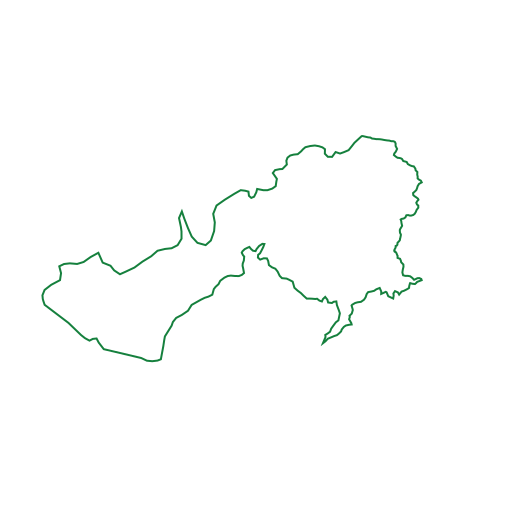 Baling, Kedah, Malaysia (orthographic projection), rotated 222°
{"feature_id": "92858781B88693147635534", "entity_name": "Baling", "entity_type": "district", "adm_level": 2, "iso_a3": "MYS", "parent_name": "Malaysia", "parent_adm1": "Kedah", "projection": "orthographic", "projection_center": [100.8, 5.723], "detail": "fine", "context": "isolated", "style": "outline", "palette": "green", "viewbox_px": 512, "rotation_deg": 222, "n_neighbors": 0, "source": "geoboundaries", "source_scale": "gbopen_adm2", "svg_char_len": 4592}
<svg xmlns="http://www.w3.org/2000/svg" viewBox="0 0 512 512"><g transform="rotate(222 256 256)"><path d="M334.3,235.8L340.9,239.5L338.6,232.7L331.2,227.3L327.8,224.4L322.9,219.0L321.5,211.6L323.9,205.3L328.3,200.4L332.7,194.0L333.7,185.7L336.6,175.9L338.6,166.1L342.5,156.8L344.9,151.4L351.8,150.4L357.6,151.4L365.5,148.5L375.3,152.9L378.2,144.6L380.1,136.2L383.6,130.4L389.4,126.0L393.3,121.6L395.3,116.7L389.4,112.8L385.5,106.9L388.9,97.6L390.4,89.3L388.4,83.9L385.7,81.4L383.8,80.2L380.4,78.3L350.6,80.8L333.1,80.2L328.1,80.5L323.1,81.7L321.8,85.2L319.3,88.0L314.9,86.4L306.8,84.9L273.0,103.4L267.0,105.2L262.7,108.4L259.2,112.4L257.6,115.6L264.5,126.9L268.0,132.2L269.9,135.3L272.1,147.8L273.6,151.3L273.9,156.6L271.7,162.5L269.9,169.8L271.1,176.6L267.7,186.7L266.1,190.7L264.2,193.9L263.6,195.4L262.6,198.0L265.2,203.2L265.4,206.0L265.0,210.0L266.0,213.6L265.0,218.8L263.6,222.2L261.6,224.6L258.6,226.8L255.3,229.6L253.9,232.4L253.5,235.3L257.4,238.3L259.4,239.7L260.8,241.5L262.0,244.5L264.4,247.7L266.2,247.9L268.8,248.9L269.2,250.5L269.0,253.5L268.0,256.1L267.0,258.3L264.6,257.9L261.8,257.9L259.6,259.3L260.2,261.5L260.4,265.5L259.4,269.3L257.8,270.5L256.6,267.5L255.6,263.9L254.8,260.7L255.2,258.3L253.5,256.1L250.5,256.1L248.7,259.5L246.3,261.5L243.7,260.5L240.3,257.9L236.5,258.3L233.1,259.5L229.5,258.9L225.1,257.1L221.9,256.9L218.1,259.7L215.5,260.5L211.6,261.5L206.2,258.1L202.0,258.1L197.8,258.5L194.0,258.3L189.8,258.3L187.8,260.1L185.6,261.9L183.2,263.7L182.0,265.1L179.0,265.3L176.6,266.3L177.4,268.7L177.2,271.9L173.7,271.3L171.3,269.7L168.1,271.9L167.7,273.9L165.9,276.0L163.1,273.7L158.1,271.1L155.3,269.5L151.7,263.3L152.3,260.1L151.9,255.9L151.5,252.3L150.3,249.3L150.9,246.3L151.7,243.7L150.1,242.3L148.3,237.1L147.9,236.0L147.3,239.3L147.3,242.5L145.7,245.9L144.3,248.9L142.9,251.3L142.5,253.7L142.3,256.9L143.1,258.7L143.3,262.1L142.7,264.5L140.7,267.3L139.1,269.1L140.3,269.9L144.5,271.3L145.5,273.5L146.5,274.1L146.3,277.3L147.9,280.6L148.7,281.2L151.9,283.2L151.9,284.2L150.9,287.4L149.5,289.6L147.3,292.2L146.5,295.8L146.9,298.6L148.3,301.8L148.5,304.2L146.5,306.8L144.9,309.2L144.3,311.8L142.7,315.0L139.1,313.4L137.6,311.6L136.6,313.8L135.6,316.2L134.6,316.4L130.8,314.6L125.6,316.2L127.2,318.7L128.8,320.1L129.2,322.9L126.2,323.9L123.8,323.1L124.0,327.0L122.8,329.1L121.7,331.9L121.2,333.4L120.9,334.7L121.9,336.0L123.0,338.1L123.3,339.0L121.4,339.9L119.1,341.5L118.9,343.1L118.9,344.6L116.7,348.9L117.8,349.5L119.8,348.9L121.2,347.5L121.8,345.9L122.6,344.1L125.2,344.3L127.8,344.1L129.8,342.9L131.8,341.1L133.8,340.1L136.2,341.7L137.8,344.1L139.2,346.7L140.8,348.3L143.9,348.5L145.3,349.5L147.1,350.3L149.5,349.3L150.1,349.9L150.9,350.9L151.8,351.2L153.5,352.1L155.4,352.5L155.8,352.0L156.7,352.3L157.2,353.0L157.5,354.0L157.8,355.4L158.0,355.8L158.9,356.9L158.4,357.8L158.5,359.0L159.0,359.6L159.7,360.6L159.6,362.0L159.6,363.2L159.8,364.3L160.5,365.1L160.8,365.9L162.1,368.1L162.6,368.8L163.4,369.2L164.5,369.6L165.4,370.4L166.5,371.5L166.9,372.6L167.2,374.2L167.6,376.2L169.9,377.8L171.5,379.2L172.9,379.9L172.6,381.0L171.3,382.7L170.8,384.7L171.2,385.8L171.5,386.9L170.2,388.3L168.8,388.9L167.7,389.9L166.6,391.7L166.3,393.5L166.7,395.6L167.5,397.8L167.7,400.5L169.2,402.1L170.8,402.0L172.5,402.8L172.9,404.7L172.9,406.5L174.0,407.0L176.3,406.8L178.4,406.5L179.9,406.5L181.4,407.9L181.1,410.4L181.0,412.3L181.7,414.2L182.6,416.0L183.1,418.7L182.1,421.6L183.9,422.3L186.1,421.8L187.8,421.8L189.1,423.3L190.6,424.3L192.3,426.4L194.7,426.5L196.1,427.6L198.7,428.2L200.2,427.2L202.0,426.5L204.7,425.9L206.9,426.7L208.2,426.1L210.1,425.1L212.3,425.8L213.8,425.5L215.5,424.5L216.5,423.7L218.7,423.4L221.1,423.3L221.8,424.7L221.9,427.0L222.8,430.0L225.9,431.2L227.6,433.1L229.2,433.7L230.6,433.3L232.3,431.8L234.1,431.0L235.8,429.7L238.2,428.1L240.4,426.8L241.9,425.8L243.5,424.5L245.0,423.2L246.6,422.2L248.4,420.9L250.2,420.6L252.1,419.2L257.0,416.5L257.7,415.7L258.6,406.0L258.3,402.2L258.0,396.6L260.2,391.9L262.1,388.4L266.4,386.5L265.8,380.6L269.0,377.8L273.3,378.1L276.2,381.5L279.3,381.2L282.7,379.7L286.2,377.5L289.3,374.0L292.1,369.9L292.5,366.8L292.5,364.0L293.1,359.6L295.9,356.5L297.8,353.6L298.4,350.2L297.2,347.1L294.3,344.6L294.6,338.3L296.5,336.4L299.3,332.6L299.0,328.9L292.1,327.3L290.6,324.8L288.1,321.1L289.0,317.0L291.5,312.6L294.6,309.8L300.0,306.6L298.4,303.5L297.1,298.8L298.4,296.0L301.5,296.0L304.7,298.8L307.8,297.2L311.4,294.7L313.7,287.8L316.8,277.1L319.1,267.1L316.0,258.7L309.1,253.4L303.8,246.5L299.9,237.3L300.7,230.4L308.3,226.6L316.7,227.4L325.2,231.2L334.3,235.8Z" fill="none" stroke="#15803d" stroke-width="2"/></g></svg>